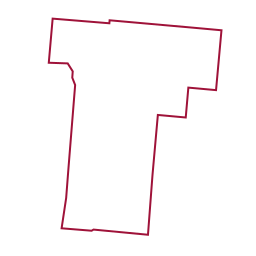 the district of Jackson, Wisconsin, United States of America, rotated 95°
{"feature_id": "52423323B52895096263984", "entity_name": "Jackson", "entity_type": "district", "adm_level": 2, "iso_a3": "USA", "parent_name": "United States of America", "parent_adm1": "Wisconsin", "projection": "equal_earth", "projection_center": [-90.803, 44.334], "detail": "fine", "context": "isolated", "style": "outline", "palette": "rose", "viewbox_px": 256, "rotation_deg": 95, "n_neighbors": 0, "source": "geoboundaries", "source_scale": "gbopen_adm2", "svg_char_len": 429}
<svg xmlns="http://www.w3.org/2000/svg" viewBox="0 0 256 256"><g transform="rotate(95 128 128)"><path d="M232.6,98.8L172.5,99.5L112.4,99.4L112.5,71.4L82.5,71.4L82.6,43.6L52.6,43.5L22.5,43.4L22.4,71.4L22.3,155.7L25.3,155.7L25.6,209.8L25.6,212.6L69.9,212.6L68.9,193.7L76.4,188.0L82.7,187.9L89.8,184.4L174.0,183.8L203.1,183.5L233.7,185.4L233.5,155.3L232.2,153.5L232.6,98.8Z" fill="none" stroke="#9f1239" stroke-width="2"/></g></svg>